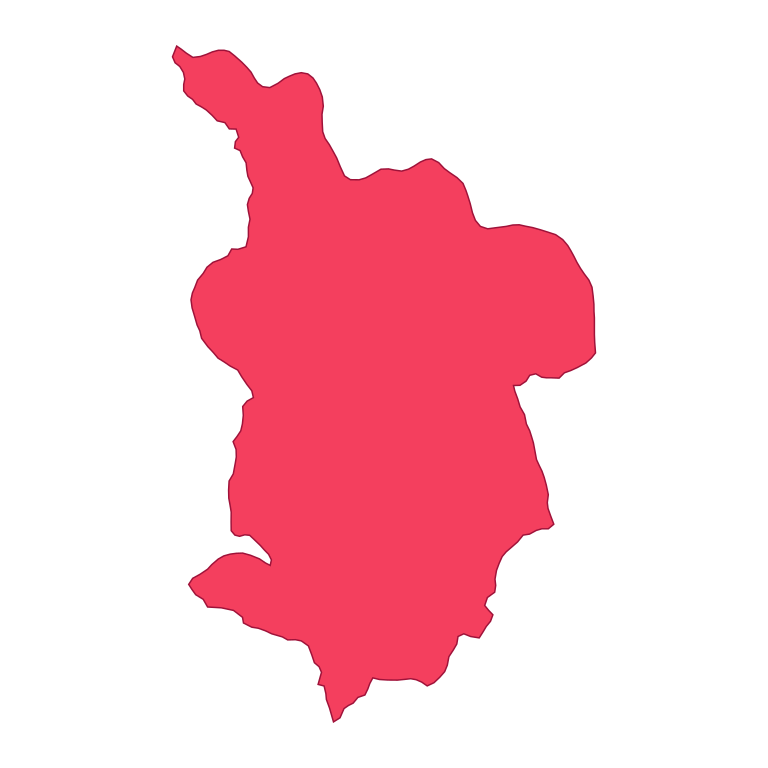 Ibiraci, Minas Gerais, Brazil
{"feature_id": "56859067B62702129343904", "entity_name": "Ibiraci", "entity_type": "district", "adm_level": 2, "iso_a3": "BRA", "parent_name": "Brazil", "parent_adm1": "Minas Gerais", "projection": "natural_earth1", "projection_center": [-47.123, -20.39], "detail": "fine", "context": "isolated", "style": "filled", "palette": "rose", "viewbox_px": 768, "rotation_deg": 0, "n_neighbors": 0, "source": "geoboundaries", "source_scale": "gbopen_adm2", "svg_char_len": 3719}
<svg xmlns="http://www.w3.org/2000/svg" viewBox="0 0 768 768"><path d="M448.9,656.7L453.3,650.0L456.8,644.0L458.0,636.5L463.8,633.8L470.6,636.5L479.2,637.9L483.2,631.6L486.3,626.4L490.5,621.3L492.9,614.8L488.7,610.4L484.7,605.5L487.4,597.5L494.7,592.2L495.7,585.4L495.0,579.2L496.5,570.4L499.1,563.4L502.2,556.5L506.2,551.8L511.2,547.5L517.6,541.9L523.1,535.1L529.5,534.1L536.3,530.4L541.8,528.8L548.3,528.8L553.8,524.2L550.5,515.5L548.0,508.4L547.3,502.6L548.3,494.7L546.3,485.1L544.2,477.4L542.0,471.2L539.4,465.9L536.5,459.6L534.8,450.4L533.4,442.9L531.6,436.8L529.7,430.8L526.4,424.0L524.5,414.6L520.1,406.9L517.7,398.9L514.8,391.1L513.5,385.5L520.0,385.3L526.1,381.1L529.7,375.3L535.8,373.8L541.7,377.2L546.5,377.8L551.4,377.8L559.1,378.1L564.4,372.8L570.6,370.6L577.4,367.5L586.0,362.9L591.5,357.9L595.5,352.9L594.7,342.3L594.4,334.6L594.4,327.1L594.4,317.9L594.0,311.6L593.9,304.2L593.1,295.8L592.0,287.2L588.9,280.1L584.3,274.0L580.5,268.4L576.9,262.3L574.0,256.5L570.9,250.8L567.8,245.6L562.8,239.7L555.7,234.7L548.1,232.2L540.5,229.8L532.7,227.6L525.5,226.2L519.3,224.8L512.8,225.0L506.2,226.4L496.8,227.6L487.7,228.8L480.4,226.4L475.4,220.4L472.5,212.9L470.2,203.6L467.8,195.9L466.0,190.6L463.0,183.4L457.0,177.6L449.8,172.7L444.3,168.6L438.7,162.6L431.6,158.9L425.9,159.6L420.4,162.0L413.9,166.2L408.4,169.2L401.7,171.1L394.5,170.1L388.5,168.9L380.9,169.2L375.6,172.3L371.1,174.9L365.7,177.9L359.1,179.8L350.4,179.7L344.5,175.9L340.3,166.8L336.7,158.0L333.5,152.1L329.3,144.6L325.1,138.5L322.7,131.7L322.2,122.3L322.0,114.3L323.3,106.2L322.3,96.9L319.8,89.7L316.5,83.2L313.0,78.0L307.8,73.9L301.3,72.7L295.0,73.9L289.4,76.2L284.3,78.6L278.0,83.3L269.8,87.6L262.6,86.7L257.6,83.0L254.4,78.2L251.0,72.1L246.9,67.4L241.8,62.2L234.7,55.9L229.2,51.5L224.2,50.3L218.3,50.3L212.3,51.9L206.5,54.4L200.3,56.5L192.9,57.4L186.4,53.2L181.1,49.1L176.7,46.1L172.5,56.8L175.1,62.8L179.8,66.5L183.4,72.4L184.8,79.0L183.7,84.5L183.7,90.9L187.7,96.0L192.6,99.4L196.1,104.0L201.3,106.8L206.2,109.9L212.0,115.2L217.2,120.8L224.9,122.6L229.3,128.9L236.1,129.1L238.7,137.3L235.4,141.6L234.6,148.1L240.1,150.6L242.6,156.8L246.1,162.8L246.9,170.5L247.9,176.3L250.5,182.0L253.1,187.8L252.3,193.4L249.2,198.3L247.4,204.6L248.4,211.4L250.0,219.2L248.4,227.2L248.4,236.8L246.0,246.8L237.9,249.3L231.7,249.0L227.9,255.8L220.7,259.5L213.0,262.3L207.0,267.2L203.2,273.4L197.6,280.1L194.7,287.7L192.4,293.0L191.0,299.8L192.1,307.9L194.7,316.6L197.1,325.0L199.8,330.8L201.6,338.3L207.9,346.7L213.4,352.6L218.1,358.2L224.1,361.9L230.1,366.0L237.7,370.0L241.6,376.6L246.8,384.3L251.8,390.8L253.4,397.6L247.1,401.1L242.7,406.5L243.3,415.4L242.4,424.0L240.8,430.8L237.1,436.4L233.1,441.6L236.1,449.5L236.3,457.0L235.3,463.1L233.3,473.9L229.1,481.0L228.6,490.1L228.8,498.2L230.1,505.3L231.2,512.1L231.1,521.8L231.2,530.7L234.9,535.1L239.6,536.3L244.8,534.8L249.7,535.3L255.3,540.6L260.5,545.6L264.4,550.0L268.6,554.3L271.4,559.9L270.2,565.4L265.5,563.0L259.5,558.9L250.6,555.3L242.7,553.1L236.4,553.3L230.3,554.1L223.8,555.9L218.3,559.0L211.8,564.6L207.6,569.2L200.0,574.3L192.7,578.3L188.7,584.4L191.7,589.1L195.7,594.7L203.2,599.3L207.6,607.0L221.3,607.8L233.5,610.4L242.5,617.3L243.5,623.0L251.8,627.2L258.2,628.2L265.2,630.7L271.7,633.8L282.4,636.9L287.7,639.9L295.5,639.7L301.3,640.9L308.4,645.9L311.8,654.9L314.4,662.7L319.1,666.7L321.5,672.3L318.1,684.4L324.1,686.0L325.9,693.7L326.4,699.5L329.5,708.0L333.5,721.9L340.0,717.8L344.0,708.6L348.4,705.5L353.2,703.1L357.9,697.4L364.9,695.0L367.8,689.0L369.8,683.5L372.8,677.9L379.5,679.5L387.8,680.0L397.5,680.1L404.5,679.4L410.7,678.7L416.2,679.7L421.7,682.1L427.2,685.9L434.0,682.7L439.7,677.3L444.7,671.6L447.3,665.2L448.9,656.7Z" fill="#f43f5e" stroke="#9f1239" stroke-width="1.5"/></svg>